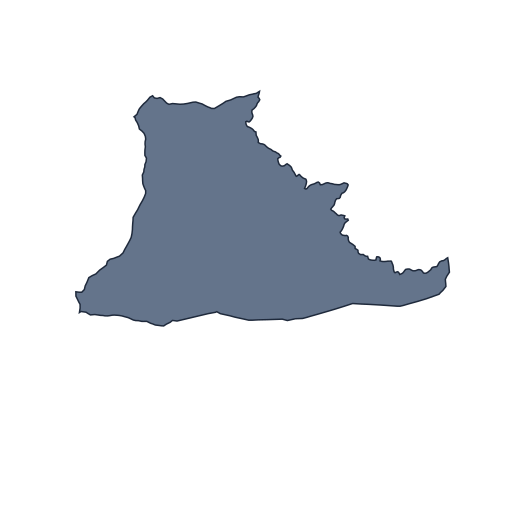 Kabondo Kasipul, Nyanza, Kenya, rotated 32°
{"feature_id": "3690345B44381744243439", "entity_name": "Kabondo Kasipul", "entity_type": "district", "adm_level": 2, "iso_a3": "KEN", "parent_name": "Kenya", "parent_adm1": "Nyanza", "projection": "equal_earth", "projection_center": [34.874, -0.447], "detail": "fine", "context": "isolated", "style": "filled", "palette": "slate", "viewbox_px": 512, "rotation_deg": 32, "n_neighbors": 0, "source": "geoboundaries", "source_scale": "gbopen_adm2", "svg_char_len": 5953}
<svg xmlns="http://www.w3.org/2000/svg" viewBox="0 0 512 512"><g transform="rotate(32 256 256)"><path d="M419.5,155.9L418.8,157.2L418.2,159.1L417.4,160.6L416.0,161.8L414.9,163.6L414.8,165.6L415.0,167.0L415.0,169.1L413.7,170.2L412.3,171.4L411.5,172.5L411.4,173.8L411.5,175.1L410.9,176.9L410.3,178.7L409.4,180.4L408.1,181.3L407.0,181.7L405.3,180.9L403.4,180.5L402.2,180.8L400.9,181.5L400.0,182.7L399.2,183.8L398.2,184.6L397.1,185.3L395.6,185.6L394.1,185.6L392.9,185.8L391.9,186.4L390.9,187.2L390.0,188.1L389.8,189.5L389.7,191.2L389.4,193.0L387.7,195.5L386.7,194.8L385.6,194.4L384.6,194.2L383.6,195.2L382.8,196.5L381.6,196.3L380.5,195.3L379.4,194.2L378.7,193.1L377.6,191.8L376.4,190.7L375.4,190.1L374.4,189.2L373.3,188.7L371.5,189.9L370.4,190.6L369.4,191.5L367.9,192.6L366.8,193.3L365.6,193.9L363.7,194.4L363.2,192.8L362.2,191.9L361.2,191.7L359.8,192.0L358.8,192.8L359.2,194.2L359.8,195.8L358.7,196.9L356.9,197.9L355.6,198.5L354.6,198.8L353.0,199.0L351.8,198.0L350.8,197.1L349.5,197.9L348.1,198.1L346.1,197.9L345.0,198.7L343.9,199.4L342.7,199.4L341.6,199.4L340.4,198.5L339.4,197.1L337.8,197.0L336.1,197.1L334.9,195.3L333.4,195.1L331.9,194.9L330.2,194.9L329.1,194.9L328.1,194.9L327.1,194.4L326.1,193.7L325.1,192.6L324.4,191.3L323.0,190.5L321.7,190.6L320.8,191.5L319.6,191.9L318.4,192.5L317.2,192.4L315.7,192.0L314.7,191.2L315.0,189.6L315.0,188.0L314.8,186.0L314.5,184.2L314.0,182.6L313.9,181.2L314.2,179.9L314.8,178.2L315.3,176.8L314.2,176.0L312.7,177.1L311.4,177.5L310.3,176.6L310.1,174.9L309.1,175.1L308.1,175.5L306.4,176.1L305.3,177.5L304.3,178.0L303.0,178.0L301.6,177.6L300.4,177.5L299.3,177.2L297.7,177.0L296.0,177.2L294.6,176.7L294.6,175.3L294.9,173.5L295.2,171.4L294.9,170.0L294.4,168.7L293.9,166.6L294.0,164.7L295.1,163.9L296.1,163.0L296.3,161.5L295.8,160.2L295.6,158.9L295.7,157.1L296.6,156.1L297.2,154.4L297.4,152.3L297.2,150.4L296.9,148.5L296.5,146.9L295.2,146.4L294.0,146.6L293.0,147.0L291.9,147.3L291.0,148.7L290.0,150.2L289.0,151.3L287.9,152.0L286.9,152.5L285.7,153.1L284.6,153.7L283.4,154.0L281.9,154.5L280.4,155.2L278.9,155.5L277.6,156.1L276.4,157.3L275.5,158.7L274.4,160.3L272.8,161.5L271.2,160.4L269.6,160.3L268.6,161.4L267.7,163.1L266.6,164.6L265.7,165.5L264.7,166.9L264.0,168.5L263.7,170.1L263.5,171.8L262.8,172.8L261.4,173.0L261.0,170.6L260.5,168.7L260.0,167.3L259.4,166.0L258.3,164.9L257.4,164.4L256.2,164.7L254.3,164.9L252.8,164.7L251.6,164.5L250.6,164.1L249.3,164.0L248.7,165.5L248.2,166.9L247.2,166.9L246.2,166.1L245.3,165.7L244.0,164.9L242.4,164.3L241.2,163.8L240.0,162.8L238.9,162.0L237.8,161.7L236.4,161.4L235.0,161.4L233.5,161.3L232.8,162.6L232.2,164.4L230.8,165.8L229.6,166.3L228.4,166.2L226.8,165.8L225.3,164.6L224.1,163.5L222.9,162.0L223.2,160.7L224.1,159.6L224.1,158.1L222.9,158.0L221.7,157.5L220.6,157.3L219.2,157.5L217.3,157.4L215.7,157.8L214.3,158.0L212.6,157.7L211.1,157.8L209.6,158.0L207.5,157.8L206.0,157.5L204.8,157.2L203.5,157.2L201.9,157.6L200.3,158.4L199.3,158.5L197.7,158.5L197.0,157.1L196.1,156.0L194.7,155.0L193.6,154.3L192.4,153.7L191.4,152.5L190.2,150.8L188.7,151.2L187.7,150.8L186.5,150.4L185.2,150.2L184.1,150.2L182.7,150.3L181.3,150.5L180.3,150.8L179.3,150.5L178.0,149.7L177.1,148.8L176.2,147.6L176.9,146.5L178.0,146.4L179.1,146.0L179.6,144.6L179.8,142.7L179.8,140.9L179.4,139.2L178.4,138.1L177.3,137.3L176.1,136.1L175.3,134.4L176.2,132.0L176.6,129.8L176.7,128.2L176.3,126.6L176.2,125.1L176.5,123.7L176.4,121.5L175.0,120.6L173.6,120.3L173.0,118.8L172.7,117.4L172.3,116.0L171.7,114.5L170.1,117.9L168.1,119.7L167.2,120.7L165.9,121.9L164.7,123.1L163.4,124.8L161.2,127.6L159.9,128.4L157.7,129.6L155.3,131.7L153.8,134.0L151.8,137.1L148.5,140.8L147.3,143.7L145.2,147.9L142.6,152.9L140.1,154.4L138.0,154.7L136.2,155.1L133.2,155.4L129.7,155.6L127.3,156.3L123.4,157.3L121.0,159.0L119.5,160.5L117.2,162.8L114.1,165.5L111.1,167.6L108.3,169.0L104.5,170.9L101.8,173.5L99.2,173.7L96.4,173.0L93.7,172.3L90.7,172.5L88.6,174.8L86.0,175.8L83.4,174.9L81.9,177.5L81.4,181.5L80.9,183.8L80.1,186.4L79.5,189.8L79.1,192.7L79.2,194.2L79.5,196.2L80.0,198.9L78.8,202.6L80.0,202.7L81.9,204.5L84.6,205.8L87.5,207.8L89.8,210.1L93.2,210.5L96.1,211.3L98.8,213.2L100.5,215.3L101.4,217.8L102.6,219.9L104.3,222.0L105.6,224.9L107.0,227.3L108.5,229.6L111.2,231.0L112.8,234.3L113.3,237.3L114.5,239.4L115.1,241.8L116.3,244.2L116.7,247.6L118.6,250.2L120.0,252.3L121.8,254.7L123.8,256.3L125.7,257.7L127.8,259.0L129.3,261.5L130.0,265.3L130.4,269.4L130.5,273.7L130.8,276.8L131.1,279.5L131.1,283.3L131.3,288.3L133.0,291.3L134.3,293.9L135.8,296.7L137.2,299.1L138.9,302.6L140.3,306.4L140.7,309.9L140.9,313.1L141.1,316.9L141.2,320.0L141.6,323.8L140.3,328.5L138.5,330.8L136.6,333.4L134.0,336.0L132.8,339.3L134.0,343.0L132.4,347.2L130.9,350.8L129.7,356.1L127.5,359.4L125.7,362.9L126.6,368.1L127.0,371.9L128.2,375.4L127.4,379.1L125.3,380.4L122.2,381.8L124.6,385.5L127.7,387.4L130.2,389.0L132.4,390.2L134.4,393.3L136.2,397.5L137.0,395.8L141.7,393.7L143.6,393.8L146.8,393.7L148.9,392.1L150.4,391.0L153.8,389.5L155.7,388.7L157.6,387.6L158.6,387.2L159.6,386.8L161.8,385.5L163.2,384.4L165.4,382.4L167.1,381.2L169.9,379.7L171.5,378.9L174.2,377.8L176.0,377.3L177.0,377.0L179.9,376.1L180.9,375.9L183.4,375.6L185.9,375.3L188.2,374.5L190.6,373.1L193.7,372.0L195.2,371.1L198.0,369.3L201.3,369.0L202.8,368.8L204.1,368.4L207.1,367.9L208.2,367.4L209.9,366.6L212.8,365.3L214.8,364.2L216.1,361.3L218.3,357.8L219.3,354.9L221.9,353.7L223.5,353.0L245.9,330.3L250.6,326.0L251.5,325.2L252.2,324.0L256.3,323.8L265.6,320.5L270.6,319.0L278.4,316.2L283.8,314.3L286.7,312.5L291.7,309.0L299.3,304.0L311.8,295.6L316.8,294.1L322.7,288.3L328.6,284.3L331.7,281.0L333.7,278.7L334.6,277.7L339.5,272.3L347.0,263.9L351.4,258.9L357.4,251.9L363.1,245.1L370.1,241.3L376.8,237.5L387.0,231.9L391.3,229.6L402.4,223.7L404.7,222.3L407.0,220.0L411.2,215.3L416.9,209.1L423.2,201.9L431.5,191.4L431.8,189.4L432.7,186.1L433.2,181.2L431.4,178.7L430.2,177.2L428.9,175.4L428.5,172.1L428.6,167.2L426.6,164.6L425.3,162.8L422.9,159.8L419.5,155.9Z" fill="#64748b" stroke="#1e293b" stroke-width="1.5"/></g></svg>